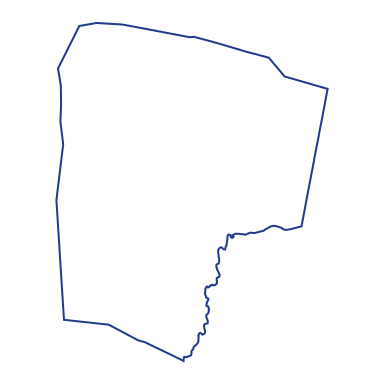 the district of San Sebastián Teitipac, Oaxaca, Mexico
{"feature_id": "50627088B95051750999200", "entity_name": "San Sebastián Teitipac", "entity_type": "district", "adm_level": 2, "iso_a3": "MEX", "parent_name": "Mexico", "parent_adm1": "Oaxaca", "projection": "equal_earth", "projection_center": [-96.625, 16.948], "detail": "fine", "context": "isolated", "style": "outline", "palette": "blue", "viewbox_px": 384, "rotation_deg": 0, "n_neighbors": 0, "source": "geoboundaries", "source_scale": "gbopen_adm2", "svg_char_len": 3065}
<svg xmlns="http://www.w3.org/2000/svg" viewBox="0 0 384 384"><path d="M327.6,88.9L284.6,76.5L268.8,57.7L251.5,53.1L244.8,51.3L242.1,50.5L240.8,50.1L217.2,43.1L193.9,36.8L189.6,37.2L122.3,24.5L96.4,23.0L79.3,26.0L58.0,68.5L60.8,85.4L61.1,104.8L60.4,121.6L63.2,144.3L56.4,200.0L62.7,299.9L64.0,319.8L108.8,324.7L138.1,340.3L144.9,342.2L154.6,346.9L157.9,348.5L158.4,348.7L158.8,348.9L159.5,349.2L160.6,349.8L162.2,350.5L162.3,350.6L163.1,351.0L164.0,351.4L164.1,351.5L164.4,351.6L166.1,352.4L166.2,352.5L166.4,352.6L167.4,353.0L167.7,353.2L167.9,353.3L168.5,353.6L169.1,353.9L169.4,354.0L171.7,355.1L173.1,355.8L173.6,356.1L174.2,356.3L175.5,357.0L175.9,357.2L176.8,357.6L177.5,357.9L178.3,358.3L178.8,358.6L179.3,358.8L180.6,359.4L181.0,359.6L181.5,359.9L181.6,360.0L181.9,360.1L182.0,360.2L182.2,360.3L182.4,360.4L183.6,361.0L183.9,357.2L185.0,356.8L185.4,357.0L186.2,357.3L187.1,357.0L187.5,356.6L189.3,356.1L190.2,355.8L191.1,355.2L191.5,353.5L191.5,351.0L191.7,350.8L193.4,348.8L193.5,347.2L194.2,346.8L194.4,346.3L195.0,345.7L195.5,345.6L196.8,344.2L197.4,343.5L198.3,341.7L198.6,336.1L198.3,335.8L199.2,333.4L200.1,332.8L200.8,333.2L201.4,333.6L201.6,333.9L202.2,334.6L203.2,334.4L204.6,333.6L205.1,331.8L205.1,331.5L205.0,330.9L204.8,329.9L204.5,328.9L204.2,328.0L204.2,327.5L204.1,326.9L203.9,326.0L204.3,324.5L204.6,324.2L205.3,324.0L206.0,323.7L207.6,323.4L207.8,320.9L207.5,319.9L206.5,317.7L206.2,315.2L206.4,314.8L207.0,314.5L208.0,313.4L208.5,312.6L208.9,309.0L208.4,306.7L207.9,306.3L207.6,306.2L207.3,306.3L206.3,305.6L206.4,304.9L206.8,303.3L206.9,302.3L208.2,300.0L208.3,298.6L206.1,297.4L206.0,296.4L204.8,293.2L205.2,291.9L205.3,289.7L205.3,288.9L206.3,287.2L206.5,287.2L206.8,286.6L207.3,286.6L207.4,287.2L208.0,287.5L209.8,286.4L210.1,286.0L210.3,285.4L210.6,285.4L211.1,285.5L211.6,285.2L212.0,284.8L212.5,284.7L212.9,285.0L213.4,285.2L213.8,285.4L214.3,285.3L215.0,285.1L216.9,283.4L216.9,282.8L217.0,281.2L216.7,281.1L216.7,278.3L217.0,277.9L217.7,277.6L218.1,277.2L219.0,277.0L219.6,276.2L219.5,274.4L218.8,273.2L218.6,272.4L217.8,270.9L217.5,270.3L217.2,269.5L216.8,268.2L216.4,267.1L216.3,266.8L216.5,264.7L216.9,264.4L217.5,263.9L218.3,263.8L218.6,263.6L219.1,261.6L219.1,261.1L219.1,258.4L218.8,257.7L218.2,252.0L218.1,250.7L218.4,249.5L218.8,248.9L219.2,248.3L219.7,248.0L220.2,247.7L220.7,247.5L221.0,247.3L221.5,247.3L222.0,247.6L223.2,249.1L223.5,249.3L223.9,249.4L224.6,249.5L224.9,249.6L225.3,248.8L225.7,246.4L226.1,246.0L226.4,245.8L226.7,243.8L227.3,239.8L227.5,236.1L227.7,235.7L228.1,234.8L228.7,234.5L230.5,235.3L230.6,236.3L231.0,237.2L232.1,237.9L232.7,237.7L233.5,236.8L233.0,236.3L232.5,235.2L235.7,233.7L239.5,233.9L241.8,234.1L242.2,234.2L245.4,234.7L250.3,232.6L254.4,233.1L254.7,233.0L263.6,230.7L265.4,229.4L267.2,228.4L270.7,226.4L273.8,225.8L277.3,226.4L281.2,227.7L283.5,229.5L286.4,229.9L290.8,229.1L294.4,228.2L301.5,226.3L302.6,220.7L306.4,200.4L308.3,190.3L312.2,170.0L314.1,159.9L315.6,151.8L318.0,139.6L319.9,129.4L321.9,119.3L323.8,109.2L327.6,88.9Z" fill="none" stroke="#1e3a8a" stroke-width="2"/></svg>